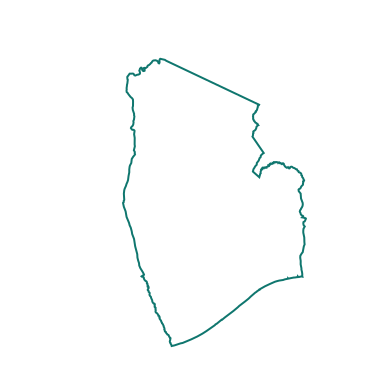 the district of Waimate District, Canterbury, New Zealand, rotated 55°
{"feature_id": "76426892B45923139634861", "entity_name": "Waimate District", "entity_type": "district", "adm_level": 2, "iso_a3": "NZL", "parent_name": "New Zealand", "parent_adm1": "Canterbury", "projection": "equal_earth", "projection_center": [170.93, -44.627], "detail": "fine", "context": "isolated", "style": "outline", "palette": "teal", "viewbox_px": 384, "rotation_deg": 55, "n_neighbors": 0, "source": "geoboundaries", "source_scale": "gbopen_adm2", "svg_char_len": 5976}
<svg xmlns="http://www.w3.org/2000/svg" viewBox="0 0 384 384"><g transform="rotate(55 192 192)"><path d="M264.4,107.6L259.8,106.4L255.6,103.9L252.6,104.1L251.2,103.4L251.0,102.9L251.2,101.2L250.1,99.2L249.7,97.0L249.3,96.6L248.6,96.2L248.2,95.5L247.3,95.2L247.0,94.9L246.9,94.6L247.1,93.8L246.7,93.4L246.0,93.5L244.4,93.0L243.2,93.2L241.7,92.5L241.0,92.8L240.1,92.2L239.4,92.0L237.9,92.5L237.0,93.2L235.9,92.8L235.1,93.3L233.5,93.1L232.9,93.8L231.8,94.1L230.8,94.6L230.6,94.9L229.9,95.3L228.8,95.6L228.4,95.9L228.0,96.7L228.0,97.7L228.6,98.3L228.5,98.8L228.3,99.0L226.7,99.1L226.7,100.0L226.6,100.4L225.5,100.9L224.8,100.9L224.4,101.2L222.5,101.0L221.8,101.3L221.5,100.7L220.9,100.8L220.3,101.6L220.3,102.7L219.5,102.7L218.7,103.1L218.6,103.6L217.9,103.6L217.9,103.8L217.5,104.1L217.6,104.8L216.9,104.7L215.8,105.8L215.8,106.4L215.3,106.6L214.5,107.8L215.1,108.4L214.6,109.0L214.9,109.1L214.7,109.4L215.0,109.9L214.7,110.2L214.6,110.6L214.1,111.0L214.3,111.1L214.5,112.0L214.1,112.4L213.8,112.5L214.0,112.9L213.9,113.3L214.0,113.5L214.6,113.6L214.8,113.9L214.1,114.4L214.6,114.7L214.7,115.3L214.3,116.4L214.3,116.8L214.7,117.1L213.7,117.9L213.8,118.2L214.0,118.5L212.7,119.8L212.8,120.0L213.2,120.1L212.8,120.5L213.1,120.8L212.8,120.9L212.8,121.2L213.1,121.6L213.2,122.4L213.8,122.4L213.9,123.0L214.9,124.3L216.1,125.0L216.2,125.6L218.5,128.4L210.2,130.4L208.7,128.7L208.3,128.0L208.1,127.3L207.6,126.3L207.1,125.1L206.8,123.4L205.4,122.2L204.5,119.3L203.0,117.2L202.9,116.0L202.5,115.5L201.6,114.7L201.2,112.4L201.2,110.9L181.3,110.7L180.8,109.8L179.0,108.3L178.9,107.7L177.9,107.4L177.6,107.1L177.5,106.6L177.6,105.4L177.4,104.2L176.6,102.8L175.6,101.8L175.2,100.2L175.3,99.5L174.9,99.6L174.7,99.4L174.0,99.5L173.7,99.3L173.2,99.8L172.5,99.7L171.4,100.3L170.9,100.2L170.1,100.3L169.9,100.2L169.5,100.4L168.5,100.3L168.0,100.0L167.4,100.1L167.0,99.8L166.7,99.7L165.7,98.9L164.9,98.6L164.7,98.2L163.7,97.5L163.5,96.9L163.6,96.6L163.1,93.9L162.8,93.8L162.9,93.6L162.7,93.3L162.3,93.0L162.3,92.2L161.4,90.9L160.8,90.3L160.3,89.5L159.2,88.7L159.1,88.2L159.3,87.6L159.0,87.0L69.8,137.8L68.2,138.4L64.7,141.6L64.8,142.3L65.1,142.7L66.2,143.7L66.6,143.8L67.4,144.4L67.8,145.1L67.5,145.4L66.9,145.5L65.5,144.9L65.1,145.3L64.4,145.4L63.2,146.3L62.2,148.1L62.1,148.6L62.2,149.5L62.9,151.1L62.8,151.6L63.2,152.9L63.3,154.5L63.1,155.7L63.2,156.0L63.9,156.9L63.9,159.0L63.0,159.8L62.9,160.2L63.4,160.6L64.7,160.7L65.1,160.9L65.5,161.4L65.1,162.4L64.3,162.8L63.2,162.7L61.9,162.0L61.1,162.2L60.9,162.4L61.1,163.8L62.0,164.9L62.3,165.5L64.1,166.0L64.9,166.5L65.3,167.1L65.2,167.7L65.2,168.3L64.5,169.7L64.1,171.6L63.4,172.2L61.8,172.1L61.2,172.4L59.3,175.2L60.2,177.7L60.4,178.6L60.7,179.1L62.6,180.2L63.2,180.2L65.9,182.6L67.1,184.0L67.6,184.3L69.4,186.0L70.5,186.6L71.0,187.2L71.9,187.8L72.8,188.2L73.7,187.9L75.6,188.0L78.9,187.8L80.8,187.3L82.3,187.3L84.1,188.4L87.7,191.0L88.8,192.3L90.8,193.4L94.8,194.6L95.8,195.4L97.0,195.8L99.4,198.0L100.3,199.4L101.4,199.9L103.0,201.4L103.7,202.6L104.0,204.3L104.3,205.0L104.6,205.4L106.3,205.4L106.9,205.1L107.1,204.7L107.7,204.1L108.6,203.9L109.0,204.0L111.5,206.3L114.8,207.9L120.1,211.7L121.8,212.6L124.5,215.7L126.0,215.8L126.6,216.0L127.3,216.7L128.4,217.0L128.8,217.8L129.3,219.8L130.4,222.4L133.4,225.1L134.7,227.6L135.5,228.6L137.6,230.5L139.9,232.1L142.5,234.8L145.5,237.5L146.7,239.1L147.9,241.1L149.1,242.6L150.7,245.3L151.7,246.5L154.3,248.8L159.4,251.9L159.8,252.3L160.0,252.9L161.1,253.7L161.2,254.0L161.2,254.5L161.7,254.9L165.0,256.3L169.8,257.5L174.9,259.9L181.2,261.3L183.6,262.2L186.0,262.6L189.6,263.9L192.1,265.1L197.2,266.4L203.9,269.7L211.5,272.5L214.4,274.3L217.2,275.4L219.9,276.2L222.0,277.4L224.8,278.0L229.8,278.3L232.2,278.7L232.3,278.8L232.2,281.7L232.7,281.6L233.3,280.8L234.3,280.5L234.8,280.9L236.5,281.3L238.2,281.1L238.9,280.6L239.7,280.6L240.2,280.8L240.6,281.2L241.3,281.1L241.4,281.4L243.5,281.8L243.2,282.1L244.1,282.7L245.5,282.4L246.1,283.0L246.2,283.6L246.5,284.2L247.0,284.5L248.0,284.3L248.4,284.5L248.9,284.8L250.1,284.5L250.9,284.9L251.8,285.8L252.9,286.0L254.2,285.8L255.5,286.3L257.8,286.7L259.1,287.4L260.3,287.5L261.4,287.4L261.7,287.3L261.9,286.8L262.5,286.8L263.2,287.2L263.9,288.1L264.5,288.1L264.9,288.5L265.8,288.2L266.2,288.3L266.8,289.1L267.7,289.3L268.4,289.8L268.6,290.2L269.4,290.6L270.0,290.7L270.9,290.3L272.4,290.1L273.2,290.3L274.5,290.0L273.9,290.3L274.2,290.5L274.7,290.1L275.4,290.1L276.5,290.6L276.9,290.9L276.8,291.0L277.3,291.2L279.8,291.2L280.6,291.6L281.6,291.5L282.4,291.9L283.4,291.7L285.6,292.1L286.1,292.5L286.9,292.5L288.1,292.9L288.8,293.6L289.3,293.5L290.7,294.2L291.9,293.7L292.4,294.0L293.4,294.0L294.0,293.8L294.7,293.9L295.6,293.3L297.9,293.7L299.2,293.4L299.7,293.7L299.7,294.0L298.9,293.9L300.1,294.2L300.8,294.8L301.0,295.2L301.8,296.0L303.0,296.4L303.5,296.2L303.9,296.5L305.3,296.6L306.5,297.0L307.6,294.3L309.4,288.3L310.3,286.2L312.3,277.0L313.4,270.5L314.0,264.7L314.2,259.9L314.2,250.0L314.1,249.1L313.9,248.7L314.1,247.4L313.6,241.0L313.9,240.9L313.9,240.7L313.6,237.1L313.2,226.3L312.7,220.5L312.4,218.7L312.1,211.4L311.8,206.8L311.3,203.7L310.7,197.8L310.8,196.5L310.6,195.4L310.8,192.6L310.5,192.6L311.1,186.3L312.0,181.0L313.1,175.5L313.7,173.7L314.6,171.3L316.3,167.9L316.8,166.1L318.2,162.8L318.0,162.7L318.3,162.6L320.3,158.0L320.0,158.1L320.5,157.7L321.6,155.7L322.2,154.1L322.0,153.9L322.5,153.9L322.6,153.3L323.0,153.1L323.9,150.8L324.7,150.1L323.4,149.5L322.6,148.8L320.7,147.8L318.2,146.8L317.2,146.1L313.6,144.5L310.8,142.5L308.0,141.1L306.4,139.9L305.3,137.5L304.8,135.8L300.6,131.5L299.5,129.8L297.7,128.8L293.6,126.1L289.2,124.2L287.6,123.1L286.1,121.8L284.9,119.4L283.4,119.6L282.0,119.1L280.9,118.3L280.5,117.8L280.7,116.6L280.5,116.1L279.2,114.0L278.6,114.0L277.9,114.7L277.0,115.3L276.1,116.2L276.0,115.0L275.6,114.8L275.0,114.9L274.2,115.5L272.8,115.7L271.1,115.1L270.5,115.1L269.8,114.9L268.9,113.8L268.7,112.9L268.1,112.1L267.7,110.9L266.8,109.4L265.6,108.3L264.4,107.6Z" fill="none" stroke="#0f766e" stroke-width="2"/></g></svg>